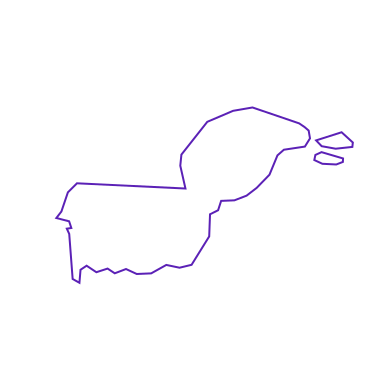 Sindo, North Korea (Albers equal-area conic projection), rotated 42°
{"feature_id": "82179303B2981535202544", "entity_name": "Sindo", "entity_type": "district", "adm_level": 2, "iso_a3": "PRK", "parent_name": "North Korea", "parent_adm1": "", "projection": "albers", "projection_center": [124.262, 39.858], "detail": "fine", "context": "isolated", "style": "outline", "palette": "violet", "viewbox_px": 384, "rotation_deg": 42, "n_neighbors": 0, "source": "geoboundaries", "source_scale": "gbopen_adm2", "svg_char_len": 841}
<svg xmlns="http://www.w3.org/2000/svg" viewBox="0 0 384 384"><g transform="rotate(42 192 192)"><path d="M194.5,293.4L205.8,289.9L216.1,279.8L221.7,263.4L233.4,256.6L240.4,246.4L234.5,213.5L220.3,196.5L223.6,188.1L219.6,179.1L229.1,169.8L235.0,158.2L237.3,145.7L238.0,127.3L231.0,107.6L232.0,99.1L245.5,82.7L243.8,73.2L237.6,68.3L232.3,68.4L225.7,69.3L180.4,88.7L168.2,104.2L156.4,129.6L159.1,171.3L165.7,180.3L184.8,193.8L100.7,262.5L100.0,275.3L108.0,293.9L108.6,302.1L120.3,296.0L126.4,299.5L123.5,303.0L128.8,305.3L161.5,336.5L169.1,334.8L161.2,324.4L163.0,317.3L174.6,315.6L180.5,305.4L189.0,304.1L194.5,293.4ZM269.8,63.7L281.0,51.2L278.4,47.6L263.2,47.5L249.7,70.6L257.7,71.2L269.8,63.7ZM270.0,83.8L280.8,75.0L284.0,68.7L281.8,66.0L261.6,75.7L258.9,81.9L261.5,86.4L270.0,83.8Z" fill="none" stroke="#5b21b6" stroke-width="2"/></g></svg>